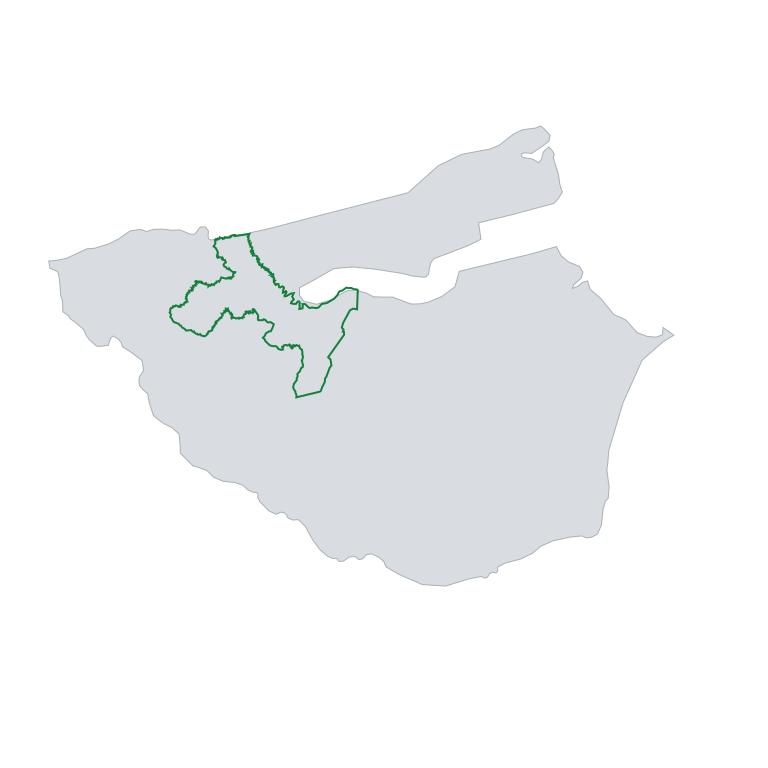 location of Tambacounda, Tambacounda, Senegal, rotated 165°
{"feature_id": "50182788B74600736318601", "entity_name": "Tambacounda", "entity_type": "district", "adm_level": 2, "iso_a3": "SEN", "parent_name": "Senegal", "parent_adm1": "Tambacounda", "projection": "orthographic", "projection_center": [-13.284, 13.521], "detail": "fine", "context": "in_parent", "style": "outline", "palette": "green", "viewbox_px": 768, "rotation_deg": 165, "n_neighbors": 0, "source": "geoboundaries", "source_scale": "gbopen_adm2", "svg_char_len": 9142}
<svg xmlns="http://www.w3.org/2000/svg" viewBox="0 0 768 768"><g transform="rotate(165 384 384)"><path d="M589.6,354.1L598.6,369.9L596.8,377.4L594.8,388.5L599.8,396.5L605.8,401.7L610.1,406.5L614.8,413.1L615.6,426.3L614.8,435.9L617.9,440.2L620.5,445.6L620.0,450.1L618.3,454.2L612.6,459.5L611.7,469.4L621.1,481.3L627.1,487.8L627.0,491.6L628.7,495.7L633.1,500.4L635.8,499.3L638.8,495.4L640.1,492.7L648.1,493.8L651.9,495.0L657.0,502.8L659.0,508.0L660.2,514.5L665.6,522.7L670.3,528.4L671.3,532.0L675.5,536.8L673.0,547.6L673.4,553.2L670.6,567.7L670.0,574.6L670.2,577.1L676.6,582.2L676.0,589.6L669.5,588.3L658.3,587.5L635.9,591.5L628.2,590.0L613.4,590.6L603.0,592.7L589.6,597.6L579.3,596.4L573.7,592.7L566.3,593.0L558.0,591.0L549.2,587.4L541.1,585.6L532.4,578.9L528.3,577.7L525.4,579.5L523.0,581.7L520.5,583.1L515.8,581.9L514.0,577.3L515.5,572.9L515.9,569.6L513.7,567.8L508.4,567.2L499.8,567.2L486.0,565.8L482.8,565.0L451.8,563.8L419.7,563.6L392.5,563.4L358.1,563.0L334.0,562.8L311.4,562.5L294.0,571.3L275.0,580.8L249.7,585.7L220.5,583.5L211.2,584.7L201.5,588.9L194.4,591.9L184.3,593.7L171.3,592.0L166.1,592.8L162.9,588.4L159.2,581.2L161.7,576.0L169.6,572.7L181.6,568.5L187.8,570.8L191.4,571.0L192.1,568.2L191.0,566.7L182.1,562.7L177.4,557.6L173.6,560.5L170.2,566.7L167.4,568.5L163.3,570.2L161.1,565.9L160.1,561.8L162.0,558.7L161.3,540.9L162.5,531.5L162.1,523.2L167.8,517.8L173.1,514.5L193.9,514.5L213.3,514.4L231.9,514.8L250.9,515.2L252.9,498.7L258.9,497.4L267.9,495.8L284.7,494.0L303.4,492.2L307.4,489.0L310.5,483.5L312.5,478.6L316.4,476.5L321.6,478.2L328.4,480.9L335.5,484.9L343.6,488.7L349.0,491.0L362.0,496.9L384.2,505.2L402.5,508.5L424.7,502.6L440.7,498.9L442.7,491.7L440.2,484.8L428.3,478.4L412.1,479.1L407.2,480.8L399.6,482.8L395.1,483.7L387.5,482.2L377.8,476.6L371.7,471.0L363.2,468.4L353.2,465.7L337.1,454.2L328.6,452.1L320.6,451.5L305.3,453.6L290.2,459.6L282.2,473.3L267.2,473.0L235.4,472.2L206.1,471.5L181.9,472.1L179.7,462.0L174.0,454.0L164.9,447.0L162.9,440.7L166.1,435.2L175.2,430.8L177.2,427.6L172.5,428.0L165.4,430.8L160.7,430.9L160.3,422.1L152.6,410.7L144.0,391.5L134.1,383.5L126.0,367.9L117.3,361.8L109.3,358.9L102.4,359.4L99.8,366.4L91.4,356.1L103.2,352.7L128.4,340.3L157.8,304.3L184.2,261.5L187.7,251.3L190.9,243.6L193.3,226.0L197.1,215.5L200.6,213.6L205.1,205.6L210.5,191.5L216.6,183.8L223.3,182.3L228.4,183.0L232.1,186.0L242.9,187.9L260.8,188.8L274.7,186.8L284.5,182.0L297.4,179.6L313.3,179.7L321.7,177.7L322.6,173.7L324.7,172.5L328.0,174.1L331.1,173.5L334.1,170.6L337.0,170.4L339.9,172.9L353.2,173.8L377.0,172.9L398.9,180.4L419.0,196.3L429.4,206.9L430.0,212.2L433.3,217.5L439.4,222.9L444.9,223.9L449.9,220.6L453.8,220.9L456.7,225.0L462.5,225.9L468.9,223.4L473.4,224.3L474.3,226.7L475.3,228.0L478.4,228.6L482.6,231.7L488.5,240.1L493.2,251.8L496.9,266.9L501.8,275.1L507.8,276.4L511.4,279.5L512.1,283.1L513.8,285.5L516.7,286.9L521.8,286.0L527.9,291.1L534.3,302.2L535.4,307.1L534.3,309.8L534.7,311.8L539.0,313.6L543.1,317.2L546.4,322.7L553.6,327.5L564.6,331.7L572.6,337.9L577.5,346.3L587.6,353.3L589.6,354.1Z" fill="#d9dde1" stroke="#a8b0b8" stroke-width="1"/><path d="M472.1,393.8L447.9,393.2L446.7,393.8L444.6,396.9L440.8,401.1L439.4,404.7L437.8,405.9L432.4,413.6L430.0,415.5L429.3,421.4L431.0,424.3L409.8,441.9L409.2,444.6L410.2,445.2L409.0,446.8L410.2,449.4L407.5,453.8L397.8,464.0L394.3,464.8L390.7,463.1L385.0,481.6L385.5,482.2L388.8,483.6L391.0,485.4L392.7,485.6L395.5,486.8L400.0,485.1L403.3,484.9L406.2,481.8L410.1,479.3L418.0,477.0L423.5,477.4L426.6,475.3L428.3,474.8L429.9,474.9L433.8,476.5L435.7,476.6L436.9,477.3L439.5,481.6L442.1,482.3L442.2,480.4L443.1,478.2L446.4,478.4L445.2,480.8L445.3,482.1L444.3,484.3L444.7,485.8L445.9,486.0L448.2,484.2L450.5,484.7L453.0,486.1L452.6,486.9L449.2,489.1L450.1,492.1L447.7,495.1L450.6,495.4L455.4,494.2L457.3,494.4L457.2,495.3L456.4,495.6L454.3,498.1L454.8,499.2L457.3,498.2L458.1,498.3L456.8,501.5L455.8,502.4L455.7,503.3L457.1,504.7L459.3,504.1L460.2,504.6L460.1,507.9L461.6,508.2L462.8,507.6L463.5,508.5L463.2,509.4L463.9,510.2L464.1,511.1L462.8,512.0L463.7,512.3L463.7,513.1L462.8,513.9L462.7,514.8L463.3,515.2L463.3,516.2L464.0,516.5L463.7,516.9L463.1,516.4L462.9,517.3L463.6,517.4L462.7,517.9L462.6,518.8L464.8,519.0L464.4,519.2L464.3,520.8L465.2,521.5L465.7,521.3L465.9,523.5L466.7,522.8L466.9,523.4L466.3,524.2L466.5,525.3L467.3,525.6L468.3,524.5L469.0,525.0L468.3,525.8L468.4,526.7L469.2,526.4L469.8,526.8L469.4,527.7L470.5,528.5L471.8,528.3L471.8,529.1L471.1,529.4L470.5,531.1L471.6,531.0L472.2,530.2L473.6,531.4L473.7,532.0L472.8,532.9L473.5,533.8L473.4,534.6L474.2,534.3L474.4,534.9L472.4,536.4L472.8,537.1L473.7,537.2L473.9,536.6L474.5,537.2L473.8,538.8L473.2,538.7L473.7,540.4L475.8,541.8L477.3,541.9L477.0,543.4L477.4,543.7L476.3,544.0L478.1,545.5L478.5,546.5L477.7,547.2L476.0,546.3L475.9,546.6L477.0,547.1L477.1,548.2L475.9,549.4L476.2,550.8L477.5,551.2L476.7,553.4L477.4,552.9L477.7,554.3L477.4,555.3L477.7,556.4L477.0,556.3L476.8,556.9L477.7,556.9L477.7,558.9L477.1,559.4L477.4,560.7L476.7,561.5L477.3,561.8L475.2,563.8L488.4,565.3L489.0,566.0L489.5,565.4L490.0,565.5L489.7,566.5L490.8,566.9L494.0,566.6L493.7,565.8L494.6,565.4L497.3,565.8L497.9,566.3L498.9,566.0L499.9,566.9L500.7,565.9L502.2,565.8L502.2,566.7L503.9,567.3L504.6,568.1L505.4,567.0L506.4,567.4L506.5,566.7L508.4,567.5L508.6,566.6L509.3,567.2L509.9,567.0L510.5,563.3L513.0,561.0L511.5,559.2L510.4,554.9L510.7,554.2L510.4,553.5L511.9,551.8L511.2,550.7L512.3,550.3L512.3,549.7L511.8,548.9L509.6,548.9L508.5,548.2L507.4,548.2L507.1,547.1L508.1,546.4L508.0,545.9L505.4,544.7L505.6,542.7L504.5,542.0L505.9,542.4L506.8,542.0L508.2,540.6L507.8,538.8L506.5,537.9L505.9,536.2L504.6,534.9L503.9,534.7L503.6,535.4L503.1,534.0L501.2,531.4L498.7,530.6L498.8,530.2L499.3,530.3L501.5,529.0L501.6,526.9L502.8,526.8L503.6,526.0L503.7,526.5L504.2,526.6L504.6,525.7L505.2,525.5L505.9,526.2L505.6,526.9L506.7,527.0L507.0,526.4L508.0,527.0L508.5,526.5L509.5,526.7L513.4,529.0L514.1,528.7L515.3,526.7L516.2,526.3L516.7,525.5L517.4,526.2L519.3,526.3L519.7,525.1L521.2,525.0L522.5,523.7L523.1,524.5L523.9,524.1L524.8,525.0L526.1,523.9L526.8,524.6L528.3,523.8L527.8,525.3L529.8,526.0L529.8,527.4L530.4,527.5L531.1,526.8L533.0,528.1L533.2,529.2L533.7,529.4L534.3,529.0L534.8,529.5L534.4,530.3L535.5,530.4L536.0,530.9L537.0,530.0L538.4,532.1L539.4,532.1L539.8,531.7L538.8,530.7L538.9,530.0L539.5,529.6L540.1,530.1L539.5,528.8L541.1,528.5L540.8,527.9L543.1,528.2L543.0,526.5L543.8,526.1L544.7,526.5L544.2,525.4L544.5,524.3L545.4,524.8L545.7,523.9L547.9,524.7L548.7,523.8L548.3,523.5L548.4,522.7L550.3,522.7L550.5,521.5L551.7,521.3L551.5,520.1L552.8,519.3L552.7,518.3L553.2,517.8L552.5,517.4L552.9,516.5L552.6,514.5L553.6,514.7L554.5,513.9L555.0,514.4L556.1,513.8L556.8,512.4L559.3,513.0L559.2,512.6L560.2,512.4L560.4,511.2L561.2,511.4L561.5,512.3L562.7,511.8L563.1,512.7L564.7,513.8L565.7,513.2L566.2,513.6L566.9,513.2L567.6,513.6L567.7,512.8L569.1,512.2L570.1,512.6L571.2,511.3L571.8,508.9L572.5,508.6L571.8,506.0L573.0,504.1L572.3,502.8L571.2,498.5L566.7,495.2L566.0,493.5L565.1,492.9L564.4,490.9L562.3,488.9L561.4,486.9L556.2,485.9L555.5,484.5L554.5,483.6L553.9,483.8L553.8,482.6L552.3,481.1L551.5,480.9L551.3,480.1L549.5,479.5L548.7,479.8L548.0,478.1L544.8,476.5L542.7,477.2L542.0,478.2L541.0,478.3L540.8,479.3L540.1,479.5L539.7,480.3L537.9,479.8L537.1,480.4L536.0,480.4L535.0,483.2L534.5,483.3L534.2,482.8L533.2,483.6L533.2,484.2L532.6,484.1L532.2,485.0L531.2,485.5L531.2,486.1L530.4,485.8L529.8,486.7L530.3,486.9L530.3,487.8L527.2,488.5L527.0,489.1L525.5,490.2L524.9,489.7L524.2,490.4L523.8,490.2L523.5,491.1L522.0,492.1L522.5,493.8L521.7,493.5L520.1,494.5L519.3,494.2L518.8,494.7L519.2,495.8L518.3,495.7L517.8,496.5L517.5,496.1L517.3,497.6L516.8,497.2L515.3,497.3L515.7,496.0L515.3,495.5L516.1,495.1L515.0,494.7L514.6,492.9L513.6,492.5L514.2,491.0L513.6,490.7L513.2,491.3L512.7,490.8L512.6,490.0L513.3,488.9L513.0,488.4L514.2,487.9L514.2,486.8L512.0,487.2L510.0,485.6L508.8,485.7L507.7,485.1L507.2,485.4L507.1,484.7L504.8,484.9L503.9,484.3L503.8,485.0L502.2,484.9L502.4,485.6L501.0,487.6L499.7,487.4L498.7,488.1L499.1,489.5L498.4,489.8L497.4,489.3L496.6,487.8L496.3,489.0L494.7,489.1L494.6,487.2L492.3,487.5L492.1,486.6L491.4,487.2L491.9,488.1L491.8,489.8L491.3,490.2L490.2,489.8L487.9,483.2L488.0,481.7L489.0,479.8L488.9,478.2L484.5,477.0L483.3,477.7L481.9,476.4L480.8,474.1L479.7,473.4L477.5,473.1L475.0,470.3L477.1,467.1L479.8,464.2L481.9,464.5L485.2,463.4L486.4,461.6L489.0,460.0L487.6,457.9L487.6,456.4L484.3,450.9L481.5,449.3L478.6,448.5L477.5,447.0L477.0,445.2L474.3,443.5L472.6,443.5L472.7,446.3L471.5,446.0L470.8,447.2L468.7,447.2L467.3,446.1L465.1,446.7L464.7,445.9L464.9,445.2L464.2,445.1L464.5,443.6L463.8,443.1L464.0,442.4L463.7,442.1L462.2,443.0L462.5,444.1L461.7,443.9L461.5,444.9L460.4,444.5L459.9,443.6L458.5,444.3L457.2,443.1L456.0,443.0L456.2,441.9L455.6,439.5L454.4,438.5L454.6,435.6L455.4,433.6L455.1,432.8L455.2,431.3L456.8,428.3L457.3,428.1L457.4,423.0L458.2,421.3L459.8,420.9L462.4,417.6L463.4,417.3L465.2,415.9L465.3,414.0L467.0,411.8L467.2,410.4L471.0,407.4L472.6,404.3L472.5,402.4L471.5,399.7L471.8,398.1L471.4,395.7L472.1,393.8Z" fill="none" stroke="#15803d" stroke-width="2"/></g></svg>